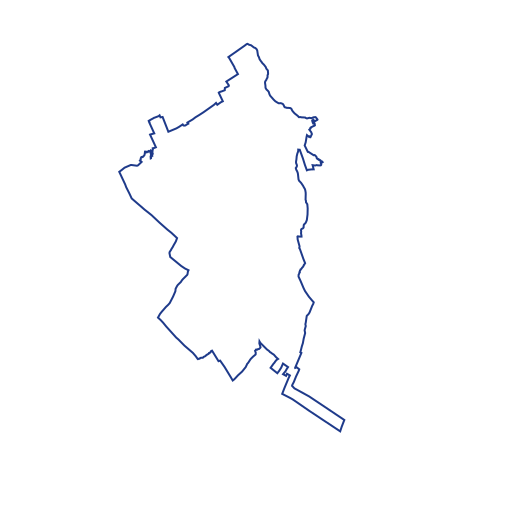 Malusteni, Vaslui, Romania (Natural Earth projection), rotated 64°
{"feature_id": "2599482B23513240550687", "entity_name": "Malusteni", "entity_type": "district", "adm_level": 2, "iso_a3": "ROU", "parent_name": "Romania", "parent_adm1": "Vaslui", "projection": "natural_earth1", "projection_center": [27.912, 46.177], "detail": "fine", "context": "isolated", "style": "outline", "palette": "blue", "viewbox_px": 512, "rotation_deg": 64, "n_neighbors": 0, "source": "geoboundaries", "source_scale": "gbopen_adm2", "svg_char_len": 6101}
<svg xmlns="http://www.w3.org/2000/svg" viewBox="0 0 512 512"><g transform="rotate(64 256 256)"><path d="M450.5,257.2L447.0,253.8L442.1,248.5L405.5,269.8L391.8,279.5L388.5,280.5L387.7,279.8L385.8,277.2L381.9,272.9L377.9,267.9L376.8,266.8L373.9,268.2L373.8,269.9L373.7,269.9L363.0,257.7L362.0,258.4L360.4,257.0L357.3,254.4L354.9,252.1L351.1,249.3L346.8,245.6L344.2,244.9L343.6,244.5L340.8,242.0L338.9,241.5L337.7,240.5L332.3,236.8L332.0,236.5L331.3,234.4L330.3,232.7L325.3,227.2L324.2,225.6L322.9,224.4L320.9,225.0L315.8,226.3L309.0,227.3L305.5,227.3L298.2,226.9L293.2,226.8L291.6,226.0L290.6,224.7L289.8,224.2L289.9,223.9L289.8,223.7L289.2,223.6L288.4,222.9L288.3,222.4L287.6,221.9L287.5,221.0L286.7,219.6L286.2,218.2L285.0,216.9L285.0,216.5L284.5,215.9L284.0,215.0L279.5,214.7L269.1,213.5L267.7,213.6L267.1,213.0L266.3,212.6L259.4,211.3L256.7,210.2L256.6,209.9L256.7,209.7L257.8,208.1L258.5,206.6L257.6,206.2L255.4,205.6L253.7,204.6L252.4,204.2L251.7,203.3L251.7,201.7L251.3,200.8L249.9,200.0L248.9,199.3L248.5,198.5L248.4,197.9L248.1,197.1L247.3,196.0L245.9,194.5L241.3,191.5L235.9,188.7L232.0,187.2L229.6,187.5L228.3,186.9L227.2,186.8L222.2,184.2L220.6,183.5L218.5,182.9L217.3,182.7L214.5,182.9L213.6,182.9L210.1,183.4L207.2,184.3L205.8,184.2L201.1,182.5L199.8,182.1L198.0,181.9L196.1,182.0L194.4,181.7L193.9,180.7L193.0,179.7L192.2,179.4L189.9,179.2L188.5,178.5L187.0,177.4L184.2,175.7L182.0,173.9L180.7,172.5L179.4,171.6L178.9,171.4L179.7,170.1L189.1,171.1L195.5,172.1L201.3,172.7L201.4,171.2L202.6,167.9L203.4,166.2L199.2,165.3L200.6,163.2L200.9,161.6L201.5,160.9L202.7,158.7L202.9,158.0L202.7,157.5L202.1,157.1L200.7,157.0L200.4,156.9L200.3,156.0L200.9,155.8L200.8,155.0L199.6,155.4L199.1,156.1L198.1,156.8L196.7,157.6L196.8,157.1L194.7,158.5L193.2,158.2L191.2,158.9L190.8,159.3L190.7,160.0L185.4,163.2L185.1,163.8L178.0,163.8L175.7,161.6L172.5,159.3L171.2,158.4L169.7,157.2L172.2,156.1L171.9,155.6L173.0,154.9L170.9,152.3L168.9,152.1L165.8,152.7L165.3,151.1L164.8,151.1L164.6,150.8L164.4,149.9L164.5,148.6L164.4,147.8L164.5,146.6L164.4,145.8L164.1,145.6L162.5,145.9L162.5,145.3L161.8,145.3L161.6,145.4L161.7,146.5L161.0,146.5L159.0,146.2L158.7,145.9L158.7,144.7L160.3,144.4L160.7,144.0L160.5,141.1L160.3,140.9L157.7,141.4L157.2,141.7L156.5,143.7L156.5,145.4L155.9,146.5L155.2,147.4L154.7,149.9L153.7,150.8L153.1,151.1L152.5,152.2L152.2,152.6L151.4,154.2L150.6,155.2L150.0,156.6L148.5,157.0L144.7,158.8L142.6,159.4L141.2,159.7L139.1,159.7L138.1,160.3L136.9,162.2L136.5,163.1L136.0,163.8L135.5,164.1L135.1,164.8L134.4,165.1L132.7,165.0L131.3,165.2L130.9,165.4L129.8,166.4L129.4,166.9L128.8,168.5L127.8,169.3L125.4,170.8L123.2,171.6L118.1,173.0L116.6,173.0L114.0,172.6L112.7,172.9L110.9,173.6L109.8,173.7L109.0,173.7L106.9,172.8L104.4,172.0L103.6,171.6L102.7,170.5L102.2,169.5L101.1,168.3L100.8,167.6L99.9,167.0L98.8,166.5L98.4,166.2L98.0,165.6L97.4,165.2L95.2,164.3L94.4,164.0L92.1,164.6L90.5,164.4L87.5,165.0L85.3,165.8L84.6,165.8L83.5,166.1L80.8,166.5L78.5,166.2L76.6,166.3L71.8,164.8L70.4,164.8L68.8,165.4L67.6,166.5L64.5,168.0L63.0,169.7L61.6,170.6L61.5,171.0L61.5,171.7L62.0,174.2L65.1,193.6L66.3,193.3L76.6,192.6L77.7,192.8L84.6,192.5L86.2,206.2L90.7,205.6L91.4,206.2L91.3,210.3L93.3,211.4L93.0,214.8L92.8,215.8L92.7,217.2L92.9,217.9L102.4,218.0L102.4,220.1L103.1,224.5L100.9,224.8L101.7,227.5L103.8,240.3L104.4,245.3L104.8,249.6L105.5,253.1L106.0,259.1L107.4,258.9L107.5,261.0L107.7,262.0L107.6,262.8L106.9,264.0L105.6,264.2L106.2,268.5L106.4,271.6L105.9,280.3L90.1,279.0L89.5,281.1L87.3,281.0L87.6,282.2L87.2,286.6L87.1,287.0L87.2,287.8L87.3,290.3L87.5,293.1L88.4,293.1L88.3,293.3L89.2,293.4L101.2,293.7L100.4,297.9L100.4,298.0L114.4,298.3L114.3,300.0L113.9,301.6L114.9,301.9L115.5,302.5L117.6,303.8L118.7,303.9L119.0,304.1L119.0,304.5L119.2,304.8L120.3,305.3L119.8,305.8L119.8,306.0L122.1,307.5L122.1,307.8L120.3,307.1L119.9,306.6L119.4,306.3L118.5,305.6L118.3,305.7L117.9,305.4L117.4,305.6L115.7,304.2L115.2,304.1L114.9,304.3L115.3,305.0L115.1,305.6L115.2,306.0L114.2,305.7L114.4,305.9L114.5,306.6L114.8,307.4L114.7,308.1L115.0,308.5L114.9,309.0L114.3,309.6L114.4,309.8L114.0,309.8L113.7,309.6L113.5,310.0L115.5,311.3L116.4,312.0L117.2,313.7L117.3,314.0L117.1,314.4L117.3,314.7L116.9,315.2L116.8,315.6L117.5,316.6L118.0,317.0L118.4,317.1L118.7,317.6L119.2,317.7L119.5,318.5L121.3,317.6L122.8,322.3L122.7,323.4L119.5,328.2L119.3,328.7L119.0,335.4L119.8,338.9L120.4,342.0L134.3,342.2L137.2,342.5L144.2,342.4L149.8,342.5L165.5,335.8L173.4,332.0L183.7,328.1L193.6,324.0L198.0,321.9L205.3,319.1L207.8,321.7L210.3,325.4L211.5,327.0L212.5,328.7L213.4,329.9L214.5,331.8L215.4,332.5L219.3,333.5L232.2,327.6L236.3,325.2L239.2,322.9L240.1,324.0L242.4,325.6L242.8,326.1L244.7,331.7L245.4,333.3L246.4,334.9L247.7,338.9L248.3,340.0L250.2,342.6L252.3,343.9L253.1,344.8L256.1,348.3L260.5,354.2L261.4,356.4L262.3,359.3L264.8,365.2L266.0,367.7L268.4,371.1L271.7,369.8L275.3,368.7L280.0,367.6L294.3,363.5L297.1,362.3L305.2,359.6L315.4,355.2L319.6,354.1L323.2,353.5L323.3,353.2L323.2,352.7L323.5,352.2L323.3,351.6L323.5,351.2L323.3,350.6L323.3,350.2L323.7,349.3L323.9,349.1L324.1,348.0L323.7,347.3L323.8,345.6L323.5,344.5L323.2,343.9L323.3,343.1L323.1,342.7L323.2,342.4L323.1,341.3L322.6,340.8L322.8,340.1L322.6,339.9L322.6,339.3L322.5,338.9L321.8,338.1L321.8,337.0L334.1,335.8L334.3,334.1L341.9,332.9L353.7,331.8L357.7,331.5L357.4,330.0L356.8,328.2L355.3,324.4L353.8,319.2L351.3,313.9L350.3,312.7L349.9,312.1L349.2,311.4L348.5,309.7L346.8,306.9L346.2,305.8L345.1,302.6L344.4,299.7L344.2,299.4L342.7,298.6L340.8,298.4L340.5,297.5L340.2,297.2L340.1,296.9L340.5,296.5L340.7,296.1L340.5,295.5L340.9,294.1L340.4,292.5L340.0,291.9L336.0,291.3L334.3,290.3L335.9,290.2L344.9,287.1L346.9,286.0L348.6,285.5L349.4,284.9L350.2,284.6L352.5,283.2L355.8,282.3L358.2,281.3L358.4,283.1L359.3,285.1L359.9,286.0L360.5,287.5L362.9,291.9L370.7,288.2L369.3,285.4L367.4,282.3L364.5,278.9L369.9,275.9L370.3,276.6L370.9,277.7L372.5,280.0L374.1,283.5L376.9,281.5L375.4,279.8L378.2,277.9L379.8,280.0L387.2,288.4L391.4,292.9L398.6,287.5L401.1,285.8L418.7,275.9L450.5,257.2Z" fill="none" stroke="#1e3a8a" stroke-width="2"/></g></svg>